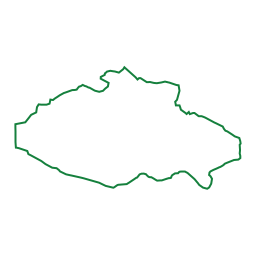 Al Mawasit, Ta`izz, Yemen (orthographic projection)
{"feature_id": "15242507B76760734874211", "entity_name": "Al Mawasit", "entity_type": "district", "adm_level": 2, "iso_a3": "YEM", "parent_name": "Yemen", "parent_adm1": "Ta`izz", "projection": "orthographic", "projection_center": [44.115, 13.304], "detail": "fine", "context": "isolated", "style": "outline", "palette": "green", "viewbox_px": 256, "rotation_deg": 0, "n_neighbors": 0, "source": "geoboundaries", "source_scale": "gbopen_adm2", "svg_char_len": 3012}
<svg xmlns="http://www.w3.org/2000/svg" viewBox="0 0 256 256"><path d="M178.6,85.3L176.4,85.0L169.0,82.5L168.3,82.4L166.8,82.0L166.5,82.0L165.9,81.8L165.0,81.6L161.2,82.5L158.7,82.9L156.9,83.2L154.5,83.0L153.9,82.9L153.7,82.9L153.3,82.8L150.0,82.0L148.7,82.1L147.8,82.1L146.7,82.1L140.5,78.1L139.1,78.1L137.5,79.5L135.6,77.3L124.4,67.3L123.2,69.2L118.9,72.6L114.9,71.5L112.7,71.2L112.1,71.1L110.3,70.8L107.4,71.5L107.1,71.5L105.0,73.5L104.9,73.5L104.7,74.9L100.8,76.9L100.7,78.7L108.6,82.9L107.9,86.5L105.2,88.6L103.2,90.6L103.0,90.8L99.2,91.8L99.0,91.7L98.4,91.6L95.3,90.8L94.7,90.6L92.2,89.2L91.7,88.9L89.9,87.9L89.6,87.7L88.4,87.5L86.4,86.4L84.9,86.0L82.7,84.9L80.7,86.2L79.1,86.6L78.0,87.8L76.7,89.6L75.8,89.8L74.4,90.0L74.2,90.0L72.2,90.1L70.8,90.6L68.6,91.4L67.2,91.9L66.9,92.0L65.2,92.6L63.9,93.0L59.7,95.3L57.2,97.0L55.0,98.4L53.0,100.0L52.2,99.9L50.4,99.6L49.7,103.0L49.5,103.7L46.4,104.7L41.6,104.7L38.7,104.4L37.0,107.1L36.2,112.4L31.2,114.8L30.0,116.3L29.5,117.0L25.3,122.3L15.4,124.2L15.4,124.3L15.4,127.4L15.5,131.5L15.5,132.1L15.5,133.2L15.5,142.1L15.8,146.5L15.9,147.6L16.2,147.6L19.0,148.2L27.3,151.0L28.4,154.1L30.8,155.3L41.3,161.0L45.5,164.1L52.2,167.7L56.6,168.2L59.0,170.1L60.0,171.4L62.9,172.8L66.0,174.3L66.8,174.5L70.9,175.4L71.0,175.4L78.2,177.0L80.9,177.6L82.5,178.0L83.7,178.3L99.1,182.7L105.7,185.9L113.3,187.7L114.2,187.3L116.9,185.4L117.4,185.1L118.2,184.8L125.5,184.2L126.7,184.1L127.2,183.8L128.4,183.0L128.8,182.8L133.9,179.4L136.2,177.8L136.6,177.7L137.0,177.6L137.8,176.7L139.2,174.9L139.6,174.4L141.5,173.7L142.2,173.7L143.8,173.6L145.1,174.0L145.8,174.1L146.9,175.3L148.5,176.8L149.8,177.2L151.3,177.2L152.9,178.1L154.4,179.0L154.5,179.1L156.0,180.0L157.1,180.6L157.5,180.6L160.4,180.4L161.8,180.4L167.2,178.6L167.6,178.5L168.9,178.1L169.8,178.1L170.8,177.9L171.1,177.7L171.4,176.5L172.2,175.2L175.0,173.4L178.1,173.2L179.1,172.0L180.1,171.6L183.2,171.5L183.9,171.5L185.1,171.6L186.3,172.3L187.5,172.9L193.5,178.2L194.5,179.1L195.2,179.9L197.1,182.2L197.8,183.0L199.2,184.9L203.0,187.6L206.7,188.6L207.3,188.7L209.2,187.4L211.2,183.7L212.0,178.8L210.5,176.2L209.1,175.0L209.5,172.5L210.5,171.4L213.2,170.0L214.8,169.3L216.5,168.6L217.1,168.3L217.8,168.0L219.0,167.4L220.4,166.9L222.8,165.5L224.2,164.4L224.3,164.2L224.6,163.8L226.0,163.2L226.7,162.9L234.0,160.0L238.3,159.6L238.6,159.4L240.3,158.1L240.3,157.2L240.3,155.9L239.7,153.5L240.0,150.4L240.0,149.6L239.7,144.8L240.6,143.6L240.4,142.0L240.2,140.9L240.1,140.6L239.3,138.0L234.8,136.4L232.4,134.7L227.3,131.4L225.4,130.7L223.9,128.8L223.6,128.2L223.4,127.8L223.1,127.2L222.7,126.5L221.0,125.7L216.1,123.3L214.1,122.4L213.6,122.1L209.7,120.0L205.4,117.7L205.2,117.6L203.8,117.0L201.6,116.2L198.8,116.2L198.0,115.7L197.5,115.2L197.4,115.2L194.5,113.0L193.5,113.0L193.1,113.0L189.8,114.1L188.8,112.0L186.6,114.0L185.5,113.0L180.9,109.7L180.1,107.0L179.5,105.4L178.9,105.4L175.9,105.4L175.5,103.2L175.2,101.8L176.0,100.9L176.4,100.5L177.0,99.8L179.5,90.8L178.6,85.3Z" fill="none" stroke="#15803d" stroke-width="2"/></svg>